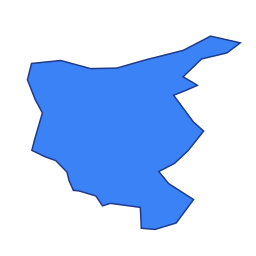 outline of Agios Dometios, Cyprus, rotated 185°
{"feature_id": "46923920B17515684625849", "entity_name": "Agios Dometios", "entity_type": "district", "adm_level": 2, "iso_a3": "CYP", "parent_name": "Cyprus", "parent_adm1": "", "projection": "mercator", "projection_center": [33.316, 35.179], "detail": "fine", "context": "isolated", "style": "filled", "palette": "blue", "viewbox_px": 256, "rotation_deg": 185, "n_neighbors": 0, "source": "geoboundaries", "source_scale": "gbopen_adm2", "svg_char_len": 613}
<svg xmlns="http://www.w3.org/2000/svg" viewBox="0 0 256 256"><g transform="rotate(185 128 128)"><path d="M56.5,62.4L82.7,76.2L93.6,87.3L78.5,96.9L66.2,110.7L52.4,131.5L63.4,139.7L85.4,164.6L71.7,171.5L62.6,176.6L77.6,183.8L60.7,203.2L35.9,211.5L23.6,222.6L53.8,226.7L79.9,210.1L115.6,197.7L144.5,186.7L170.6,183.9L200.8,189.4L229.7,183.9L232.4,167.3L222.8,148.0L214.6,135.6L220.1,107.9L221.8,97.3L207.8,92.0L197.2,89.3L184.9,78.7L182.3,70.8L177.0,61.1L171.7,61.1L154.1,57.5L146.6,48.2L139.0,51.4L108.8,50.0L106.0,29.3L92.3,29.3L71.7,37.6L56.5,62.4Z" fill="#3b82f6" stroke="#1e3a8a" stroke-width="1.5"/></g></svg>